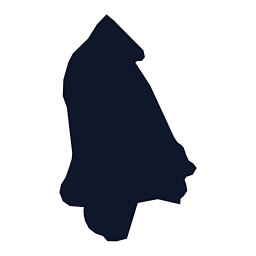 map outline of Gulu (Natural Earth projection)
{"feature_id": "UGA-3098", "entity_name": "Gulu", "entity_type": "County", "adm_level": 1, "iso_a3": "UGA", "parent_name": "Uganda", "parent_adm1": "", "projection": "natural_earth1", "projection_center": [32.435, 2.878], "detail": "fine", "context": "isolated", "style": "filled", "palette": "ink", "viewbox_px": 256, "rotation_deg": 0, "n_neighbors": 0, "source": "natural_earth", "source_scale": "10m", "svg_char_len": 720}
<svg xmlns="http://www.w3.org/2000/svg" viewBox="0 0 256 256"><path d="M144.1,56.9L141.4,60.2L136.8,60.2L134.3,62.4L149.6,86.0L173.5,137.7L177.2,143.2L180.1,145.0L183.1,148.1L185.4,155.0L188.3,161.3L192.8,164.0L195.8,168.1L192.1,174.1L185.8,176.2L183.7,179.7L185.4,184.4L186.5,190.6L183.4,195.2L179.8,198.4L179.5,203.4L157.7,198.4L137.2,202.3L126.3,238.0L116.3,240.6L107.8,240.4L103.4,235.4L95.7,232.7L89.5,228.0L85.8,220.8L84.6,215.4L84.2,209.9L85.2,206.5L70.2,205.3L63.5,200.8L60.2,192.4L61.8,184.7L66.3,177.6L69.4,168.8L72.4,159.5L73.0,153.1L67.6,107.3L63.5,95.8L64.1,79.7L69.1,62.3L73.5,53.9L88.6,39.1L97.5,24.9L106.6,15.4L113.4,21.1L142.8,50.8L144.1,56.9Z" fill="#0f172a" stroke="#020617" stroke-width="1.5"/></svg>